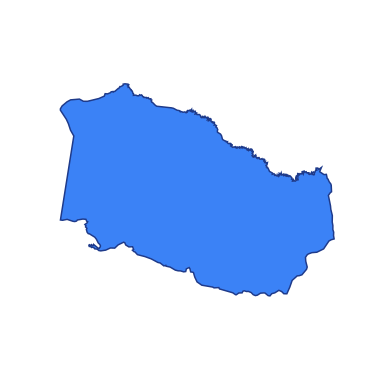 the district of Na Mon, Kalasin, Thailand, rotated 340°
{"feature_id": "78962969B62182146168517", "entity_name": "Na Mon", "entity_type": "district", "adm_level": 2, "iso_a3": "THA", "parent_name": "Thailand", "parent_adm1": "Kalasin", "projection": "mercator", "projection_center": [103.83, 16.584], "detail": "fine", "context": "isolated", "style": "filled", "palette": "blue", "viewbox_px": 384, "rotation_deg": 340, "n_neighbors": 0, "source": "geoboundaries", "source_scale": "gbopen_adm2", "svg_char_len": 6046}
<svg xmlns="http://www.w3.org/2000/svg" viewBox="0 0 384 384"><g transform="rotate(340 192 192)"><path d="M246.3,320.1L251.3,314.9L255.9,309.3L262.2,306.8L264.1,307.3L267.0,307.4L273.2,303.8L274.6,301.9L275.2,296.0L276.3,292.2L278.6,290.5L280.1,290.0L283.9,290.0L288.7,291.3L296.2,290.5L303.9,284.9L306.5,284.5L309.5,284.7L310.1,281.4L311.4,278.2L311.5,275.5L312.9,271.7L313.5,268.2L315.8,262.2L316.5,255.8L317.4,252.4L319.0,241.8L321.8,239.9L323.2,239.5L325.1,233.4L325.2,232.0L324.4,229.3L324.2,226.4L323.7,225.5L324.3,221.4L322.0,220.8L318.9,216.6L322.0,213.2L318.9,214.1L318.6,212.9L318.0,212.9L317.9,212.3L316.7,212.0L316.5,212.6L317.4,212.7L316.6,213.6L316.6,214.2L315.6,213.9L314.1,215.6L313.0,214.7L312.6,214.9L313.3,215.9L313.0,217.3L312.4,217.6L312.1,217.0L311.1,216.7L311.6,215.0L311.3,214.2L310.4,215.0L311.1,215.4L310.8,215.9L308.2,215.6L307.8,214.8L308.4,214.8L308.5,213.9L306.0,213.0L306.2,212.0L304.7,211.8L304.6,210.7L302.4,210.6L302.2,211.4L303.5,212.2L302.8,213.1L302.8,212.2L302.2,212.6L301.8,211.9L300.8,212.4L299.8,211.7L299.0,212.5L298.6,211.4L297.7,210.8L297.3,211.3L297.8,212.3L297.5,212.7L297.3,212.2L296.6,212.6L296.7,213.6L295.6,212.6L294.7,213.6L295.4,214.3L295.6,215.8L296.1,216.0L295.9,216.8L294.8,216.6L295.1,215.8L294.7,215.0L294.1,214.8L293.8,215.5L294.2,216.5L293.0,217.1L292.2,216.8L291.8,215.8L291.0,216.4L290.1,216.1L291.3,214.5L290.0,214.0L290.7,213.0L289.9,210.7L289.3,210.1L288.4,210.6L287.9,209.0L287.2,209.8L286.4,209.2L286.8,208.2L286.4,207.5L285.6,207.4L285.5,208.8L284.5,207.8L283.7,208.0L283.5,207.6L284.1,206.5L282.1,206.6L282.3,204.8L282.0,205.2L280.9,204.6L281.3,205.4L281.0,205.9L279.5,205.2L280.1,206.1L279.1,206.8L279.2,205.6L278.4,205.6L278.1,206.3L276.9,205.6L276.9,204.9L275.4,204.7L275.3,204.3L275.8,203.9L275.3,202.9L273.5,202.8L274.1,201.7L271.9,199.2L271.6,195.5L271.0,195.2L271.3,194.6L270.5,193.9L271.0,193.2L270.7,192.3L271.8,192.0L272.9,190.2L271.8,190.3L272.0,189.8L270.5,189.2L271.4,188.1L270.3,188.0L270.1,187.6L271.1,186.5L270.4,186.3L270.7,185.6L269.2,185.3L269.2,184.6L267.9,184.7L267.0,184.2L266.8,182.6L266.1,182.4L265.5,182.9L265.4,182.2L264.5,182.3L264.1,181.1L264.4,180.1L263.7,180.4L263.2,179.7L263.7,179.1L262.5,179.4L262.3,180.3L261.5,180.2L261.0,178.8L261.8,178.9L261.1,178.4L262.1,177.8L261.7,176.4L262.5,176.2L262.3,174.9L263.0,175.5L263.4,174.8L262.9,174.4L263.0,173.0L262.7,172.1L262.3,171.9L262.4,172.5L261.3,172.8L261.1,172.2L260.4,172.3L260.3,171.7L259.6,172.2L259.6,171.0L258.8,171.9L258.2,171.3L258.8,170.4L257.8,170.1L257.9,168.8L256.7,169.0L256.2,167.6L255.1,168.0L255.3,167.2L254.3,166.2L253.9,166.4L254.3,166.9L253.7,167.4L252.2,166.0L251.8,167.0L250.6,165.5L249.6,166.0L249.5,165.1L248.5,164.9L248.2,164.2L247.9,164.3L248.0,165.0L247.0,164.0L245.6,164.0L244.3,162.2L245.5,162.1L245.8,161.5L245.1,161.3L245.4,160.8L245.1,160.0L244.4,160.3L244.4,159.3L242.7,158.9L242.0,157.3L242.5,156.8L241.3,156.5L241.2,155.6L240.7,155.5L239.1,153.7L238.7,152.8L239.0,149.1L238.6,147.3L236.4,144.6L236.7,143.2L237.5,142.3L237.4,140.1L236.6,139.0L237.7,138.0L236.8,137.0L235.9,136.7L236.6,136.2L236.3,134.9L236.8,134.5L236.6,133.9L235.4,134.3L234.8,133.4L235.4,133.6L235.6,133.3L234.2,132.0L234.3,131.3L233.8,130.7L234.8,130.2L234.7,129.8L234.1,129.1L233.4,129.3L232.6,130.7L231.9,130.7L232.7,129.3L232.2,129.7L231.3,129.5L232.8,128.5L232.5,127.1L231.8,127.0L232.1,128.0L231.5,128.3L231.3,127.1L230.5,127.0L230.1,125.3L228.9,126.4L228.3,126.0L228.8,125.5L228.1,125.4L228.0,124.6L227.6,124.5L227.5,125.1L226.9,124.5L227.2,125.5L226.7,125.6L225.9,124.6L226.0,122.9L225.6,121.8L223.2,121.0L222.7,119.9L221.6,119.8L222.1,119.2L223.2,119.2L222.3,118.3L222.7,117.3L221.5,116.9L221.1,117.1L220.9,115.8L219.7,116.9L218.6,115.9L219.4,115.5L219.8,114.3L219.2,114.7L218.5,114.4L218.5,115.1L215.7,113.9L214.9,114.4L215.4,114.8L214.8,115.4L213.5,115.5L212.7,114.3L210.8,114.0L209.7,112.9L208.5,112.7L208.2,112.3L208.5,111.8L207.8,111.1L205.9,110.0L203.2,107.0L201.5,105.9L188.1,99.3L187.0,97.6L185.4,94.1L184.8,93.7L184.8,92.8L185.6,91.8L184.9,91.3L185.2,90.3L183.6,89.9L183.3,88.7L183.0,88.9L182.3,88.2L181.7,88.4L181.4,88.0L181.7,88.0L181.6,87.6L179.1,86.7L179.2,86.1L178.2,85.4L178.3,84.5L177.8,83.5L176.9,83.6L176.1,82.7L174.9,83.4L173.3,82.7L172.4,81.8L170.3,81.2L170.7,80.9L170.3,79.8L170.6,79.4L170.2,79.0L170.4,76.7L169.6,75.9L169.9,75.2L169.3,74.3L168.6,71.7L167.9,71.7L168.3,70.6L167.9,70.2L169.3,69.7L168.8,68.8L166.0,67.4L164.2,67.1L163.8,68.1L163.2,68.3L160.7,68.6L160.3,68.3L158.5,69.7L158.0,69.5L153.8,71.1L152.9,70.8L152.1,71.1L151.9,70.5L150.3,70.2L149.2,70.8L146.2,70.9L144.0,69.9L142.4,71.9L136.4,72.3L124.7,71.0L121.0,69.6L118.0,66.2L109.5,63.9L105.4,64.5L99.4,66.7L96.8,68.8L96.3,70.1L98.8,80.7L99.2,85.5L99.0,92.4L100.1,98.9L58.8,173.3L60.7,174.3L65.3,175.0L70.1,178.8L71.8,179.7L73.6,179.8L74.7,179.1L80.2,180.1L83.0,181.4L83.0,183.3L83.8,184.3L82.5,185.3L80.2,185.9L80.8,187.4L80.0,188.4L80.8,190.0L80.7,190.5L79.9,191.1L79.7,194.0L80.3,195.7L81.2,196.1L85.2,201.2L86.0,203.7L86.5,207.9L87.3,209.5L87.6,211.0L87.2,212.0L85.5,213.2L84.5,212.5L81.7,207.8L81.4,208.6L80.5,208.3L79.1,206.5L79.4,208.0L77.4,207.3L77.5,206.6L76.9,206.7L76.8,208.0L78.2,208.7L78.6,209.8L79.8,209.9L80.9,211.1L81.1,212.1L83.4,213.3L84.4,215.1L86.1,216.1L91.0,217.1L96.2,216.7L100.2,218.3L104.6,216.4L110.6,215.8L111.5,216.7L111.6,219.1L113.9,222.0L117.4,223.1L117.5,226.0L116.1,226.3L117.0,228.1L117.9,228.8L119.3,232.2L125.7,236.6L130.8,240.9L135.8,246.5L137.8,247.8L140.3,251.8L142.3,252.0L142.2,252.8L145.8,255.1L149.6,259.7L152.0,261.3L154.2,262.2L156.9,264.2L158.9,264.6L160.4,262.3L163.5,262.0L163.8,263.5L163.4,266.6L165.5,267.8L165.8,268.3L165.5,272.9L166.0,278.2L169.3,282.9L178.9,288.4L179.9,289.6L184.5,291.0L184.7,292.5L195.8,300.6L197.8,303.4L198.5,303.7L201.4,302.9L204.6,303.9L205.9,302.7L207.3,302.7L209.1,304.1L211.0,304.7L213.2,306.7L214.4,309.4L216.1,311.0L218.1,311.3L221.8,310.5L225.0,311.4L226.0,311.9L228.1,315.4L229.7,316.3L232.2,314.8L235.3,315.1L240.0,314.1L242.2,316.2L243.5,319.0L246.3,320.1Z" fill="#3b82f6" stroke="#1e3a8a" stroke-width="1.5"/></g></svg>